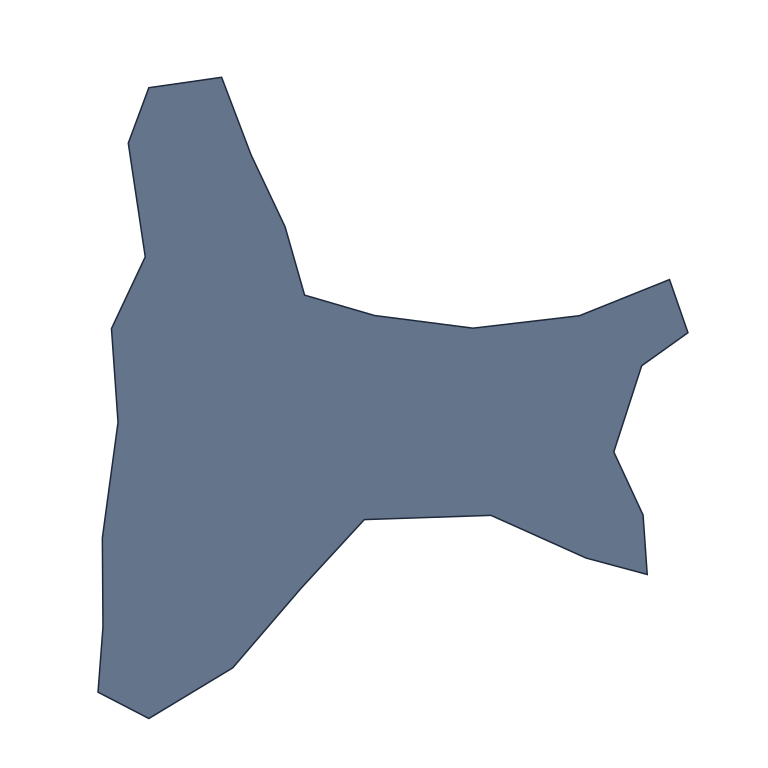 outline of Christmas Island, rotated 176°
{"feature_id": "IOA-2652", "entity_name": "Christmas Island", "entity_type": "state/province", "adm_level": 1, "iso_a3": "IOA", "parent_name": "Indian Ocean Territories", "parent_adm1": "", "projection": "albers", "projection_center": [105.657, -10.498], "detail": "fine", "context": "isolated", "style": "filled", "palette": "slate", "viewbox_px": 768, "rotation_deg": 176, "n_neighbors": 0, "source": "natural_earth", "source_scale": "10m", "svg_char_len": 502}
<svg xmlns="http://www.w3.org/2000/svg" viewBox="0 0 768 768"><g transform="rotate(176 384 384)"><path d="M641.9,66.7L690.8,96.5L681.3,161.1L675.7,250.1L652.0,364.3L652.0,458.3L613.3,527.5L622.3,642.1L597.9,696.0L524.6,701.3L500.6,621.8L471.7,547.7L457.0,478.2L388.7,453.0L291.4,433.5L184.3,438.5L91.9,468.3L77.2,414.0L125.7,384.2L159.5,300.2L134.7,235.2L134.7,175.6L194.4,196.2L286.5,245.5L413.1,250.1L481.1,185.9L554.7,111.4L641.9,66.7Z" fill="#64748b" stroke="#1e293b" stroke-width="1.5"/></g></svg>